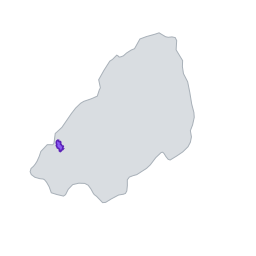 location of Khar, Pemagatsel, Bhutan, rotated 131°
{"feature_id": "84629894B26310020901724", "entity_name": "Khar", "entity_type": "district", "adm_level": 2, "iso_a3": "BTN", "parent_name": "Bhutan", "parent_adm1": "Pemagatsel", "projection": "natural_earth1", "projection_center": [91.394, 26.945], "detail": "fine", "context": "in_parent", "style": "filled", "palette": "violet", "viewbox_px": 256, "rotation_deg": 131, "n_neighbors": 0, "source": "geoboundaries", "source_scale": "gbopen_adm2", "svg_char_len": 3217}
<svg xmlns="http://www.w3.org/2000/svg" viewBox="0 0 256 256"><g transform="rotate(131 128 128)"><path d="M200.4,109.8L200.0,111.5L198.4,115.8L197.3,120.5L198.2,124.3L201.9,128.9L207.0,132.6L213.4,132.9L219.3,131.4L221.7,132.0L224.9,138.1L227.2,143.4L224.1,148.9L222.4,153.7L221.8,157.1L222.2,158.6L224.1,161.3L226.3,166.0L226.6,170.4L225.2,173.2L222.2,174.6L218.9,174.2L216.2,174.3L212.9,174.8L207.6,176.4L202.8,178.4L193.6,178.0L190.0,173.8L188.2,173.8L179.9,179.3L170.9,178.3L154.3,180.2L147.4,180.6L140.4,180.0L136.8,178.8L130.1,174.9L124.1,172.1L117.9,174.7L115.8,175.2L110.8,181.8L100.2,184.0L89.5,185.6L86.4,184.7L80.4,184.3L80.1,182.8L80.3,181.3L79.0,180.1L76.5,178.8L72.4,178.3L67.0,176.7L63.9,175.1L53.0,177.4L46.6,173.9L39.4,169.1L35.8,167.0L34.5,159.6L33.2,157.2L30.4,154.6L28.8,151.7L30.1,148.6L37.4,143.0L37.9,141.6L41.3,131.0L46.0,127.2L50.6,121.8L54.0,113.3L60.7,104.6L68.1,95.7L73.1,88.4L76.5,85.0L83.3,81.3L89.1,79.2L93.1,74.3L97.8,71.6L102.8,70.4L110.1,71.0L116.9,72.8L124.5,75.2L125.3,77.2L124.7,80.6L123.6,84.1L123.5,85.9L124.7,86.9L132.1,87.6L141.1,87.0L146.2,87.5L157.5,90.8L160.8,93.0L164.2,94.8L167.6,94.5L171.9,90.7L176.3,87.6L179.1,87.0L181.1,88.1L184.7,91.1L192.2,94.0L198.8,96.1L201.0,98.2L200.2,106.9L200.4,109.8Z" fill="#d9dde1" stroke="#a8b0b8" stroke-width="1"/><path d="M186.7,171.8L186.8,171.7L187.0,171.4L187.2,171.2L187.2,170.9L187.3,170.8L187.4,170.7L187.6,170.7L187.8,170.6L188.0,170.5L188.3,170.5L188.3,170.4L188.5,170.2L188.7,169.8L188.7,169.7L188.7,169.4L188.8,169.3L188.8,169.2L189.0,168.9L189.2,168.7L189.3,168.6L189.4,168.4L189.4,168.2L189.3,167.9L189.2,167.8L189.1,167.7L189.0,167.4L189.1,167.2L189.0,166.9L188.9,166.8L188.9,166.7L189.0,166.6L189.0,166.4L189.0,166.2L189.1,165.9L189.1,165.7L189.3,165.7L189.4,165.3L189.5,165.3L189.5,165.2L189.7,164.9L189.8,164.9L190.0,164.9L190.1,164.7L190.3,164.7L190.3,164.4L190.3,164.2L190.3,163.8L190.3,163.7L190.2,163.7L189.8,163.7L189.7,163.7L189.4,163.6L189.2,163.6L189.2,163.4L188.9,163.4L188.7,163.4L188.4,163.4L188.2,163.4L188.2,163.5L187.9,163.5L187.9,163.4L187.7,163.4L187.3,163.3L187.2,163.2L186.9,163.0L186.7,163.1L186.4,163.1L186.5,163.2L186.5,163.4L186.5,163.5L186.5,163.8L186.4,163.8L186.2,164.0L185.8,164.0L185.7,164.0L185.5,164.3L185.5,164.5L185.4,164.6L185.2,164.6L184.8,164.6L184.7,164.6L184.4,164.7L184.4,164.8L184.2,165.0L184.3,165.1L184.5,165.2L184.5,165.3L184.5,165.5L184.6,165.8L184.7,166.0L184.7,166.3L184.6,166.5L184.5,166.8L184.5,167.0L184.4,167.2L184.4,167.3L184.3,167.5L184.5,167.8L184.5,168.0L184.6,168.3L184.4,168.5L184.1,168.6L183.9,168.7L183.7,168.7L183.6,168.9L183.5,169.0L183.3,169.2L183.2,169.2L182.9,169.3L182.7,169.5L182.7,169.8L182.6,170.1L182.8,170.2L182.8,170.3L183.0,170.4L183.1,170.5L183.3,170.6L183.4,170.8L183.5,170.9L183.5,171.0L183.6,171.3L183.6,171.5L183.5,171.8L183.4,171.8L183.2,171.9L183.1,172.0L182.9,172.1L183.0,172.2L183.0,172.3L182.9,172.4L182.9,172.5L183.0,172.6L183.0,172.8L183.1,173.0L183.3,173.1L183.6,173.1L183.8,173.1L184.0,173.2L184.3,173.2L184.5,173.2L184.6,173.3L184.8,173.2L185.0,173.2L185.3,173.1L185.5,173.0L185.6,172.9L185.8,172.7L186.1,172.6L186.3,172.4L186.4,172.2L186.5,172.1L186.5,171.9L186.7,171.8Z" fill="#8b5cf6" stroke="#5b21b6" stroke-width="1.5"/></g></svg>